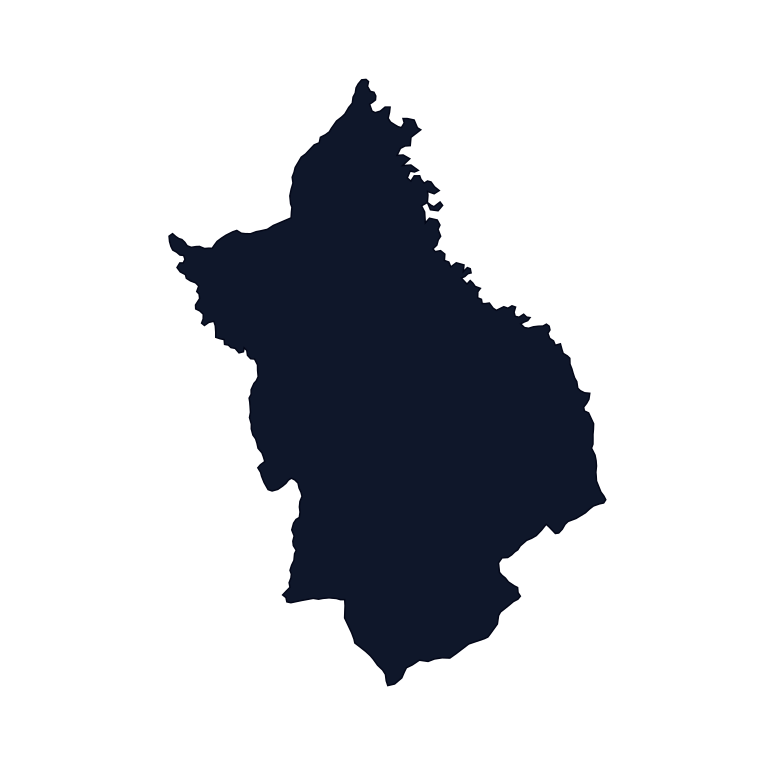 Capão do Cipó, Rio Grande do Sul, Brazil, rotated 12°
{"feature_id": "56859067B15295514409540", "entity_name": "Capão do Cipó", "entity_type": "district", "adm_level": 2, "iso_a3": "BRA", "parent_name": "Brazil", "parent_adm1": "Rio Grande do Sul", "projection": "albers", "projection_center": [-54.601, -28.949], "detail": "fine", "context": "isolated", "style": "filled", "palette": "ink", "viewbox_px": 768, "rotation_deg": 12, "n_neighbors": 0, "source": "geoboundaries", "source_scale": "gbopen_adm2", "svg_char_len": 4990}
<svg xmlns="http://www.w3.org/2000/svg" viewBox="0 0 768 768"><g transform="rotate(12 384 384)"><path d="M143.0,284.1L144.6,289.2L146.9,293.6L149.5,296.9L153.8,298.2L157.6,300.3L161.3,299.9L163.4,303.5L162.4,307.4L159.1,308.0L157.3,313.1L161.4,316.7L167.0,318.3L168.7,321.7L173.3,323.4L178.6,324.2L182.4,326.7L181.6,332.5L184.4,334.4L185.9,338.8L183.2,345.9L184.2,349.7L188.6,350.8L192.7,353.3L193.6,358.0L192.9,362.4L196.2,364.1L199.8,360.2L204.5,358.0L206.9,362.2L208.6,368.1L209.7,373.3L214.2,373.8L218.4,373.8L219.8,378.4L223.7,378.3L226.7,380.2L231.0,380.1L235.7,383.7L239.8,381.7L239.7,377.7L242.8,379.7L244.5,384.3L248.3,387.0L252.2,386.5L256.3,391.6L257.5,396.9L259.4,403.0L258.4,407.4L256.7,410.4L255.2,417.2L256.2,421.7L255.0,425.8L256.5,429.7L257.9,434.5L259.3,439.5L259.4,444.8L262.6,450.8L263.5,455.5L266.4,461.2L269.8,464.3L272.0,468.2L274.2,473.1L278.9,476.7L281.0,480.0L283.5,484.6L279.9,488.7L278.0,492.2L281.7,496.1L283.4,499.6L287.2,505.3L292.6,511.4L296.8,511.9L302.0,509.2L306.1,504.9L308.8,501.4L310.5,497.8L313.0,495.4L316.8,496.4L320.5,498.8L322.6,503.5L325.3,507.1L327.2,510.9L326.2,516.4L326.8,521.9L328.5,526.7L328.9,532.2L326.1,534.8L324.5,538.9L324.1,545.9L327.7,551.3L327.5,556.7L328.9,560.9L332.7,564.9L331.8,568.6L332.6,575.3L331.3,580.5L330.8,585.8L332.9,589.2L333.3,593.1L332.5,598.1L334.3,602.4L331.7,606.5L328.7,611.4L332.5,613.3L334.3,617.3L338.4,617.3L348.6,612.8L359.3,608.4L364.8,608.1L368.8,606.4L374.7,604.6L382.0,603.7L386.1,604.0L390.4,603.1L392.0,609.0L394.1,621.0L398.7,627.0L404.1,634.1L407.7,639.8L409.3,643.4L412.7,645.0L421.7,649.4L427.1,652.6L430.6,655.3L436.2,660.4L442.1,664.0L445.8,667.8L447.9,673.9L450.4,678.2L456.8,675.2L462.5,667.8L463.7,661.7L464.9,656.9L470.1,652.9L476.0,646.8L484.8,646.2L490.5,642.5L497.9,639.7L505.4,638.4L510.9,632.4L520.9,620.7L535.2,612.2L538.2,609.9L540.0,606.1L544.8,595.2L544.2,586.7L545.4,582.8L552.7,573.9L555.8,569.9L559.7,566.7L561.5,563.2L558.5,560.2L557.0,555.3L553.2,554.3L546.8,551.7L543.1,548.6L539.2,546.6L536.1,544.2L533.2,535.2L535.6,529.5L541.1,528.0L544.4,524.6L546.8,521.0L549.3,518.4L550.9,514.1L556.0,507.3L560.5,504.2L564.5,500.6L568.5,494.1L571.8,487.5L575.4,489.6L582.7,494.6L585.9,493.4L588.6,488.9L590.3,483.6L592.6,480.2L599.8,475.6L607.8,468.1L610.9,463.7L614.2,459.8L619.8,456.4L623.6,454.7L625.0,451.1L622.4,447.9L618.6,444.5L612.0,434.7L610.8,430.3L609.6,426.3L608.9,420.0L607.4,414.9L605.2,409.7L602.5,406.3L600.3,403.6L600.9,399.4L599.9,394.5L598.9,389.9L598.3,385.0L597.3,379.3L593.1,373.7L590.1,369.7L585.6,368.7L584.1,365.1L586.2,360.8L587.6,356.3L587.2,350.3L582.0,350.9L577.4,349.7L574.4,347.8L572.1,341.6L569.2,338.4L566.7,334.1L564.6,330.1L561.8,325.9L560.4,320.2L557.5,318.4L552.9,316.8L550.9,313.3L548.2,308.0L543.5,310.5L540.9,306.6L536.6,304.9L533.8,300.4L535.1,296.6L533.5,293.1L530.4,291.7L527.4,294.3L522.9,295.4L518.2,297.0L513.9,299.4L509.7,299.6L505.2,296.8L508.1,294.3L511.4,292.1L513.0,288.7L509.6,288.9L506.1,286.7L502.2,290.6L498.2,290.5L496.3,286.7L496.7,281.4L492.9,280.9L489.5,284.1L485.1,283.5L478.6,288.6L474.9,287.1L470.2,282.9L466.4,284.3L463.3,284.9L461.7,280.9L457.7,280.2L456.6,274.3L458.4,270.4L452.9,269.6L449.8,266.7L446.8,264.9L444.4,269.0L437.6,264.3L440.7,262.1L443.1,258.7L446.1,257.2L444.4,253.3L441.3,252.8L438.2,257.7L437.5,250.9L429.5,250.4L425.0,255.6L422.0,251.2L417.4,250.6L416.5,244.3L411.6,241.8L406.6,243.9L403.7,241.7L406.8,237.2L407.1,231.8L408.7,227.7L404.7,221.5L405.7,216.9L402.0,212.5L394.0,212.4L390.9,217.9L388.0,207.3L383.7,201.9L388.7,197.4L387.7,190.1L386.5,186.6L393.5,187.5L397.8,183.3L392.4,180.6L388.0,176.6L384.3,176.4L381.5,179.2L377.6,176.1L375.6,172.9L370.3,174.1L368.1,180.0L363.9,177.6L365.3,170.3L369.7,170.3L373.1,167.9L364.8,164.2L356.7,166.5L362.4,158.3L355.1,156.0L349.2,157.7L351.1,150.1L355.1,146.8L360.1,145.4L359.1,137.1L367.1,127.7L363.4,126.4L358.6,119.5L351.8,119.5L347.4,120.4L349.5,124.4L347.7,129.6L344.3,129.4L340.7,128.2L335.9,126.4L332.8,123.2L332.9,117.1L332.4,111.9L327.5,112.9L323.6,117.9L318.9,120.4L315.5,119.5L311.7,113.3L314.2,110.8L316.6,107.9L316.1,104.0L313.5,100.7L309.8,100.6L306.0,96.3L306.0,91.4L303.1,89.8L298.9,91.1L296.4,95.8L295.1,100.1L295.4,105.4L294.1,109.8L294.6,115.9L292.0,120.8L290.8,124.5L289.5,128.2L286.9,131.9L282.9,136.6L280.9,141.3L279.3,145.0L278.1,148.7L274.8,152.4L270.5,155.9L270.5,161.5L266.0,164.6L263.9,168.0L259.5,175.3L255.9,179.3L254.0,185.0L252.1,190.7L252.0,195.6L251.2,200.8L253.2,206.4L252.7,212.9L252.8,219.6L255.2,227.2L257.2,230.3L257.7,235.0L258.6,240.8L245.7,249.9L242.8,251.9L237.7,257.0L231.6,259.8L227.3,261.6L222.2,264.8L217.0,265.8L213.1,266.2L208.1,264.4L204.4,266.6L198.5,271.3L194.7,275.1L191.1,279.2L189.0,283.8L187.7,287.0L184.3,287.6L180.3,288.8L174.9,287.8L171.5,288.7L167.0,290.4L162.7,289.7L159.7,286.8L156.3,284.7L153.1,284.4L149.8,283.1L145.9,280.9L143.0,284.1ZM388.7,197.4L393.2,203.9L400.9,203.3L404.2,197.1L401.0,194.3L396.0,200.2L392.9,199.4L388.7,197.4Z" fill="#0f172a" stroke="#020617" stroke-width="1.5"/></g></svg>